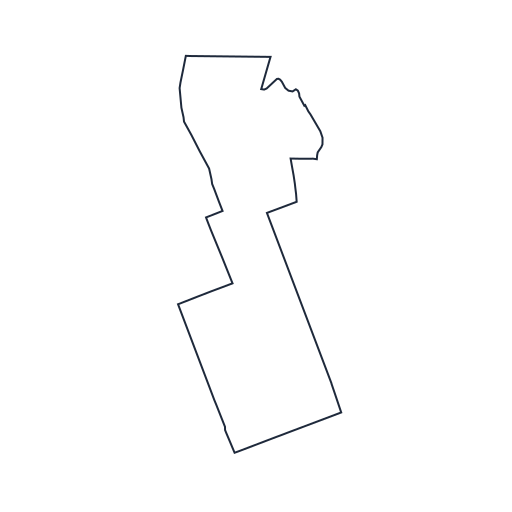 outline of Poroschia, Teleorman, Romania, rotated 289°
{"feature_id": "2599482B54439114477168", "entity_name": "Poroschia", "entity_type": "district", "adm_level": 2, "iso_a3": "ROU", "parent_name": "Romania", "parent_adm1": "Teleorman", "projection": "albers", "projection_center": [25.313, 43.915], "detail": "fine", "context": "isolated", "style": "outline", "palette": "slate", "viewbox_px": 512, "rotation_deg": 289, "n_neighbors": 0, "source": "geoboundaries", "source_scale": "gbopen_adm2", "svg_char_len": 1173}
<svg xmlns="http://www.w3.org/2000/svg" viewBox="0 0 512 512"><g transform="rotate(289 256 256)"><path d="M159.5,369.2L160.3,368.7L300.3,252.3L320.5,276.8L327.7,273.7L332.8,271.2L337.0,269.2L344.3,265.4L353.6,260.2L359.4,257.0L362.8,267.5L365.6,275.5L366.6,278.3L367.3,282.0L371.2,281.0L374.1,280.6L380.2,282.3L383.2,282.5L389.5,280.4L394.9,276.2L407.7,261.3L409.8,258.4L414.7,253.4L413.8,252.8L420.8,245.2L423.8,243.8L426.0,241.7L426.6,239.4L423.5,237.0L422.9,232.9L424.4,228.9L429.2,223.7L430.6,221.4L430.9,219.5L430.2,218.1L417.8,211.5L416.0,209.5L415.5,206.6L436.9,205.5L449.0,204.9L423.8,129.1L422.4,124.5L407.9,126.5L395.5,128.1L389.9,129.1L371.9,137.2L363.6,142.3L359.6,144.2L349.4,155.5L336.6,168.8L323.4,183.2L314.1,188.9L309.8,191.1L305.8,194.6L295.5,203.1L287.7,209.7L276.2,196.2L275.2,197.0L270.9,200.6L265.6,205.1L243.1,224.9L222.5,242.7L208.3,225.5L198.6,214.0L185.0,198.0L134.0,240.4L116.7,254.8L106.1,263.6L102.6,266.7L84.4,282.3L81.4,283.4L79.2,285.3L72.2,291.6L63.0,299.8L65.4,302.8L75.9,315.4L84.6,325.8L92.1,334.8L93.8,336.9L96.7,340.4L98.4,342.4L98.9,343.0L135.8,387.5L151.0,375.8L159.5,369.2Z" fill="none" stroke="#1e293b" stroke-width="2"/></g></svg>